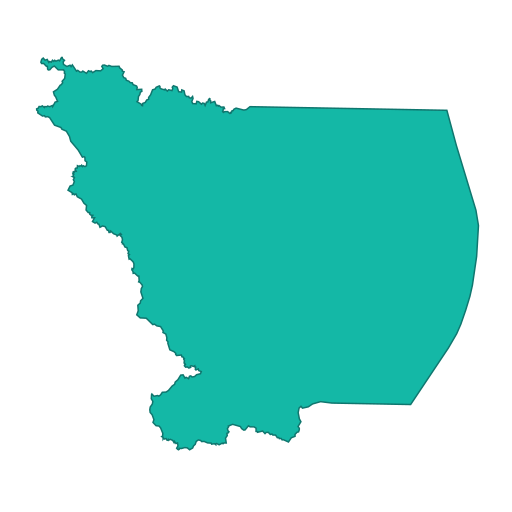 Rutsiro, Western, Rwanda, rotated 181°
{"feature_id": "39286606B49553879902836", "entity_name": "Rutsiro", "entity_type": "district", "adm_level": 2, "iso_a3": "RWA", "parent_name": "Rwanda", "parent_adm1": "Western", "projection": "robinson", "projection_center": [29.444, -1.9], "detail": "fine", "context": "isolated", "style": "filled", "palette": "teal", "viewbox_px": 512, "rotation_deg": 181, "n_neighbors": 0, "source": "geoboundaries", "source_scale": "gbopen_adm2", "svg_char_len": 6058}
<svg xmlns="http://www.w3.org/2000/svg" viewBox="0 0 512 512"><g transform="rotate(181 256 256)"><path d="M471.7,444.8L469.0,442.1L467.9,442.0L467.6,439.2L466.9,438.4L465.4,438.6L463.4,441.0L461.0,442.4L457.0,438.7L451.6,438.7L450.5,436.8L450.9,435.6L449.9,434.5L450.4,430.2L452.9,427.3L452.3,425.8L453.7,423.9L454.8,423.3L457.4,419.3L461.4,416.6L460.4,413.2L459.0,411.5L457.1,407.1L459.5,406.4L461.9,401.8L462.3,402.9L464.9,401.7L467.0,402.3L467.7,401.6L469.8,401.7L470.2,400.8L472.3,402.4L473.5,401.6L475.5,401.7L476.4,399.9L477.9,399.3L477.8,398.0L476.5,397.0L476.7,395.3L471.9,392.2L469.9,392.6L469.1,391.4L466.5,391.7L464.7,390.7L459.7,383.3L453.3,381.1L452.3,379.4L447.8,377.5L444.6,372.3L443.2,367.5L435.7,358.9L431.3,351.8L429.7,352.3L428.8,351.7L428.6,348.3L426.8,347.0L427.1,343.3L428.6,342.4L430.2,343.2L430.9,342.4L431.9,343.7L432.4,342.8L433.6,343.2L434.2,342.4L436.1,343.2L436.2,340.9L437.7,340.7L438.4,339.8L437.3,337.6L438.8,337.7L440.3,336.7L439.4,336.1L440.5,335.2L439.7,334.3L440.3,333.9L439.7,332.3L440.7,332.2L438.9,331.1L440.0,329.1L438.9,327.3L440.3,323.7L443.1,322.7L445.1,318.5L441.0,316.1L440.7,314.4L439.4,315.1L438.7,314.0L437.1,314.9L435.7,312.1L431.5,309.9L428.9,305.7L426.3,303.6L426.7,299.0L424.5,296.5L423.0,296.5L423.0,295.0L421.8,294.0L419.9,293.8L421.0,292.2L420.7,291.3L418.1,291.4L420.1,287.6L417.5,286.1L415.8,287.0L414.8,285.4L413.6,285.0L412.5,282.0L409.9,283.4L407.3,282.7L405.1,279.1L403.8,279.0L403.4,277.0L402.3,277.0L401.7,278.4L398.8,275.8L395.6,274.6L395.2,273.5L392.0,276.2L391.0,275.2L392.3,274.3L390.3,272.3L389.8,269.8L390.5,267.3L389.7,266.8L389.7,265.8L388.8,265.8L387.2,262.7L385.2,262.1L384.4,259.2L383.3,258.6L384.0,256.1L382.6,255.3L383.6,254.2L382.8,250.6L381.9,251.0L378.8,248.1L377.9,246.1L377.9,242.3L378.5,241.0L379.7,241.4L379.9,240.0L378.7,238.3L378.5,236.5L377.1,236.8L373.9,233.9L372.8,233.9L372.4,229.4L372.9,228.1L371.5,227.6L369.3,225.0L369.0,223.4L370.1,221.5L370.5,218.1L368.3,211.7L370.6,209.2L370.9,206.9L373.3,204.7L372.8,199.1L374.2,195.1L370.7,192.1L364.7,191.9L358.0,185.6L356.3,186.1L353.9,184.4L350.2,183.8L347.4,179.5L347.7,177.9L344.8,176.4L343.7,172.7L343.9,170.2L342.5,168.7L342.6,167.1L340.5,160.7L336.3,158.9L334.5,157.2L334.6,156.2L333.6,155.1L328.9,155.7L328.3,153.9L327.3,153.8L325.9,152.1L326.5,151.7L325.6,149.8L326.1,148.6L324.9,146.7L325.4,146.7L324.9,146.0L325.7,145.0L324.4,143.6L322.7,143.9L321.2,142.8L319.4,143.5L319.8,144.6L319.1,145.2L316.3,144.5L315.4,145.1L315.4,144.1L314.4,143.9L314.7,141.6L314.1,141.0L311.7,142.1L311.2,140.4L308.7,139.5L309.5,137.3L313.3,136.3L315.3,134.4L317.8,133.9L319.1,135.0L320.4,134.6L321.3,132.2L323.8,133.5L324.9,132.7L326.8,135.9L329.2,135.6L331.9,131.0L334.6,128.5L335.1,126.3L337.5,124.6L341.2,120.0L343.5,118.4L347.3,118.1L349.1,115.3L350.8,114.2L351.9,114.8L355.5,114.0L357.7,116.2L358.0,115.6L358.2,111.4L356.6,108.8L357.1,106.1L359.1,103.2L359.5,100.5L359.1,97.7L357.1,95.5L355.2,90.6L356.1,87.8L353.0,84.6L350.0,84.3L348.4,82.5L346.1,77.1L346.2,74.5L347.1,73.8L345.8,73.1L345.7,71.4L345.2,72.2L344.4,71.4L342.7,71.9L341.9,70.4L340.6,70.1L340.4,71.2L339.6,70.6L338.4,71.2L336.0,70.1L334.7,68.0L334.3,69.2L332.7,67.1L331.2,67.7L330.7,64.8L332.0,62.4L331.0,61.4L330.1,60.9L329.3,61.5L329.4,62.4L327.3,62.2L323.9,63.2L321.4,63.0L319.0,61.1L316.0,62.9L315.1,65.1L313.5,66.6L312.5,69.6L310.4,71.1L308.1,70.6L307.1,69.5L304.6,69.7L301.2,68.3L297.5,68.1L297.1,67.1L294.3,67.6L292.9,66.6L292.9,67.6L292.1,67.9L289.6,66.6L286.5,68.3L285.7,67.7L284.8,68.5L282.5,68.5L283.3,73.4L281.6,75.9L282.0,78.2L280.5,78.8L280.0,79.9L280.9,80.6L281.6,82.9L280.4,84.8L280.7,85.5L276.4,87.3L268.6,85.2L267.4,83.2L265.2,81.7L263.9,81.9L260.6,86.1L259.0,85.1L254.9,85.1L252.9,83.8L252.9,80.6L251.3,80.4L251.3,79.8L246.3,81.1L243.9,78.6L242.8,79.8L240.6,79.9L238.6,77.8L236.9,78.3L236.1,77.3L233.3,77.3L231.5,74.7L230.1,74.9L229.5,73.8L227.6,74.0L226.7,72.6L225.4,72.8L220.3,70.6L217.5,74.9L213.8,76.4L213.9,78.3L211.9,80.5L210.4,80.9L209.7,83.0L209.7,84.5L211.0,86.2L208.2,91.1L209.8,93.9L211.1,100.1L210.3,104.7L208.4,106.5L206.9,104.7L201.1,106.1L196.8,109.1L188.9,111.5L177.6,110.3L98.8,110.2L62.1,167.3L54.0,181.8L50.0,191.4L45.4,205.5L41.4,219.5L39.1,230.6L35.4,259.4L34.1,290.3L36.9,305.6L57.6,370.0L67.7,405.0L264.6,405.2L268.2,402.2L270.7,401.7L278.5,403.5L280.6,402.4L281.5,400.9L282.5,400.8L283.0,399.4L283.8,399.2L283.6,398.4L284.6,398.0L286.9,399.9L289.9,399.8L291.1,399.0L292.0,400.0L292.4,399.7L291.5,400.5L291.3,402.6L290.0,402.8L290.7,404.4L293.5,404.2L295.7,405.8L296.2,405.2L297.5,406.1L298.3,405.6L300.0,409.8L304.0,408.4L304.0,410.3L305.1,411.0L304.7,412.2L305.2,412.6L306.1,411.7L306.8,409.2L308.2,409.0L309.5,405.6L310.5,407.7L312.1,408.0L313.2,406.8L316.1,409.3L317.9,409.6L318.5,407.1L322.0,407.3L322.9,409.3L321.7,412.5L322.2,414.4L323.7,412.7L325.5,413.1L326.1,414.4L328.3,414.2L329.9,416.0L330.8,419.9L333.1,420.8L333.3,418.6L336.2,418.9L337.8,423.5L341.5,424.8L342.7,423.3L342.1,422.2L342.9,419.9L346.2,420.7L347.5,419.3L349.7,421.3L350.1,420.5L353.6,421.4L355.1,422.5L355.0,423.9L355.6,424.4L358.7,423.0L359.9,421.1L362.3,420.4L364.2,415.3L366.1,412.7L366.1,410.8L368.0,410.1L369.4,407.6L371.9,406.6L372.1,404.3L373.0,404.6L373.1,405.6L377.7,408.2L376.6,409.6L376.3,413.4L375.0,415.4L374.5,417.8L373.0,418.6L373.2,420.7L378.1,420.3L377.7,422.5L378.4,423.9L381.9,425.2L382.7,427.0L384.8,427.2L386.2,428.6L388.7,429.4L389.4,431.4L391.3,432.0L392.7,434.5L391.1,437.9L392.9,438.5L393.0,439.7L395.6,441.8L396.2,443.3L403.6,443.0L406.4,444.0L407.7,443.1L410.9,444.3L412.6,444.1L413.5,442.9L412.1,440.6L414.6,438.4L419.3,438.6L422.5,436.5L424.1,438.1L424.9,437.5L426.7,438.3L428.7,435.7L432.4,437.9L433.6,436.8L435.1,436.8L437.5,438.5L438.7,437.7L443.0,443.9L444.2,442.1L445.2,443.5L448.4,442.2L451.8,444.2L452.2,446.7L450.9,448.3L453.0,449.9L453.2,451.1L453.9,451.1L455.8,447.7L457.0,448.4L459.5,447.3L460.7,448.2L461.6,447.1L462.9,448.2L464.1,446.2L465.6,446.9L466.5,445.9L468.2,448.9L470.3,448.1L472.2,450.2L473.7,448.9L474.5,446.0L473.7,444.7L471.7,444.8Z" fill="#14b8a6" stroke="#0f766e" stroke-width="1.5"/></g></svg>